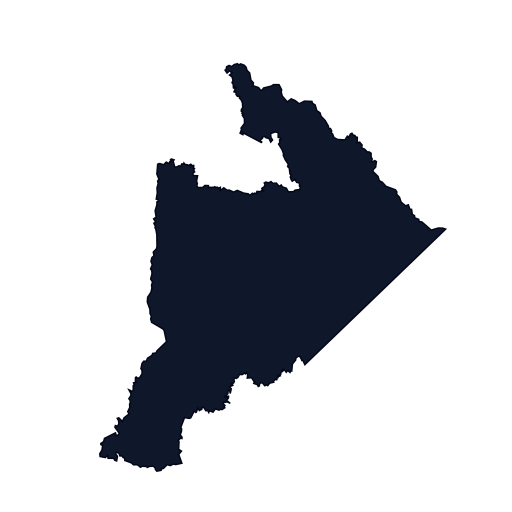 outline of Maceo, Antioquia, Colombia, rotated 169°
{"feature_id": "7082276B28427937115124", "entity_name": "Maceo", "entity_type": "district", "adm_level": 2, "iso_a3": "COL", "parent_name": "Colombia", "parent_adm1": "Antioquia", "projection": "natural_earth1", "projection_center": [-74.692, 6.525], "detail": "fine", "context": "isolated", "style": "filled", "palette": "ink", "viewbox_px": 512, "rotation_deg": 169, "n_neighbors": 0, "source": "geoboundaries", "source_scale": "gbopen_adm2", "svg_char_len": 6096}
<svg xmlns="http://www.w3.org/2000/svg" viewBox="0 0 512 512"><g transform="rotate(169 256 256)"><path d="M130.7,344.8L132.5,348.0L135.0,347.7L133.9,353.2L135.6,354.0L135.9,355.5L137.3,355.8L138.4,358.2L139.9,357.8L142.5,354.8L143.5,356.2L146.5,353.0L153.6,354.8L156.9,357.4L157.5,361.0L158.8,363.1L157.8,364.2L158.6,366.9L160.2,367.2L160.2,369.8L162.2,375.7L165.4,380.7L165.9,384.5L168.6,387.1L169.1,393.0L171.4,395.1L171.6,397.1L178.9,398.8L184.5,397.2L188.0,401.2L191.5,403.6L195.8,401.3L199.7,408.0L200.0,412.1L199.1,414.3L200.7,419.8L206.1,420.9L208.5,419.9L216.4,419.5L218.6,417.6L219.8,417.7L221.3,420.8L226.5,423.8L225.5,426.5L227.4,429.7L227.3,436.8L229.4,440.0L229.7,443.1L231.0,445.4L234.3,447.5L236.6,446.9L237.5,448.3L240.8,448.1L243.7,446.6L246.1,448.2L248.7,447.4L250.0,444.4L250.9,444.3L249.5,441.1L246.6,442.9L244.7,440.1L247.5,438.7L245.4,436.5L245.0,433.0L246.5,430.6L245.6,429.2L246.1,425.3L245.1,424.7L244.4,426.1L243.4,425.3L246.3,421.4L244.3,420.3L244.8,418.4L243.8,416.3L241.3,415.9L242.2,414.3L240.9,412.4L240.1,409.0L240.7,404.3L242.5,402.4L242.8,400.7L241.6,399.7L242.5,398.7L241.1,397.9L242.6,396.8L241.2,393.3L242.0,388.4L246.3,384.4L246.1,382.9L248.2,379.6L245.7,377.6L245.0,379.2L229.1,366.4L228.6,366.8L229.7,368.1L229.4,369.2L227.2,370.3L226.8,371.6L225.0,371.8L223.4,370.0L220.9,369.0L219.8,365.0L217.6,366.8L218.7,369.4L218.3,373.4L213.4,374.1L210.7,372.9L211.6,368.2L209.8,367.4L209.1,366.0L210.7,365.6L211.0,362.7L212.5,361.6L210.1,355.3L209.5,351.4L210.0,349.6L208.9,344.8L206.8,339.9L207.9,337.7L206.6,336.1L207.0,330.0L206.1,328.3L207.3,327.0L206.9,324.4L206.2,322.5L203.4,323.6L201.9,320.4L199.9,319.8L199.5,317.2L200.1,316.6L199.4,315.0L200.4,312.9L205.1,313.2L206.9,312.0L212.0,312.8L213.3,316.8L216.9,318.8L217.7,320.9L220.0,319.9L222.1,323.7L225.6,324.1L227.1,326.2L229.5,325.4L232.2,326.7L234.0,326.1L233.4,324.6L234.8,322.4L237.4,321.3L236.6,318.7L237.6,319.5L239.3,318.4L242.8,319.2L243.5,317.2L245.4,318.0L246.6,317.4L247.6,318.3L250.4,316.7L251.7,318.5L256.1,320.1L261.9,324.0L265.7,323.0L269.8,325.9L271.7,326.0L274.6,329.1L278.6,327.1L277.9,330.2L279.6,329.8L281.1,331.1L282.2,330.4L283.2,331.9L284.6,331.5L289.5,332.5L289.3,334.2L292.7,335.0L295.4,333.4L300.1,334.4L300.7,336.9L299.8,337.9L300.0,341.0L298.0,345.9L302.0,346.9L302.5,349.0L300.2,350.3L300.8,352.6L299.8,353.4L301.2,354.3L300.1,355.1L299.9,356.8L301.2,356.8L302.0,357.9L303.1,356.8L302.9,358.4L305.4,357.7L305.8,358.6L308.0,359.3L309.0,361.0L309.4,360.1L311.3,360.6L313.2,358.0L314.2,359.3L317.3,358.5L318.8,359.0L319.2,365.1L318.1,366.0L320.6,367.4L321.6,366.9L321.7,364.7L322.8,364.9L323.7,363.3L326.2,365.3L329.3,363.2L333.0,365.2L335.0,364.9L337.7,355.4L336.6,349.9L338.3,348.3L338.2,345.7L340.2,341.8L340.9,336.6L343.1,330.9L341.2,329.8L341.3,328.4L342.9,328.1L343.5,325.2L346.4,319.6L346.6,313.2L349.4,312.0L348.0,308.2L350.0,307.7L349.1,304.3L349.8,303.0L349.2,302.1L349.3,295.7L351.3,284.6L352.2,282.2L356.1,279.4L356.1,275.7L358.5,274.3L360.1,270.8L359.5,267.1L362.0,263.4L361.1,261.6L361.5,258.3L363.8,253.5L362.5,250.2L364.1,247.4L364.3,244.4L366.0,240.5L370.2,236.3L371.5,231.6L370.3,223.9L371.0,219.6L370.2,217.0L371.4,214.3L371.1,210.8L361.3,202.2L360.4,200.4L360.2,189.0L371.2,181.9L372.6,179.9L375.9,180.1L377.3,178.2L382.0,176.4L383.8,173.6L386.2,174.2L388.3,172.4L390.5,167.3L389.7,165.9L390.3,162.2L393.6,158.6L395.5,158.7L396.7,160.1L397.5,159.7L398.3,156.1L397.5,154.9L400.4,154.9L400.0,153.0L401.2,152.3L402.3,147.2L403.6,146.9L406.3,148.9L405.0,144.6L405.5,142.9L408.1,140.1L407.2,139.0L407.3,136.3L408.4,134.6L408.8,131.5L411.6,127.7L410.8,125.2L416.4,122.3L418.7,119.0L421.5,123.3L423.2,123.1L422.4,120.8L422.5,117.9L424.3,115.3L426.4,116.4L427.2,114.9L424.0,108.0L425.9,106.4L427.4,106.3L427.7,109.2L439.5,105.9L441.0,102.9L444.2,101.5L444.2,100.4L442.7,99.3L444.2,95.0L447.1,91.7L447.3,88.9L442.3,86.9L439.7,88.7L439.8,85.6L434.4,84.6L433.6,82.4L431.9,81.4L430.2,85.8L431.4,88.5L430.7,90.2L428.1,88.4L427.8,85.8L425.3,85.1L425.0,83.5L423.5,82.8L423.8,80.3L417.8,76.7L416.1,74.4L412.2,73.7L409.8,70.7L407.6,71.3L404.2,70.4L402.7,69.1L401.5,69.8L397.3,69.4L395.4,67.5L395.5,65.7L394.4,63.7L390.1,63.7L388.8,65.4L387.4,65.1L383.1,68.1L380.0,66.6L377.2,67.5L374.5,66.6L368.3,66.7L369.7,75.9L366.4,78.7L368.8,81.0L367.0,88.5L367.6,89.8L364.7,91.6L363.5,91.0L363.2,92.4L364.5,94.9L362.6,98.1L362.0,100.6L362.6,101.9L357.0,111.0L352.4,109.3L350.9,109.6L346.3,115.5L344.9,113.9L344.3,114.2L342.1,117.9L341.1,115.1L338.5,115.9L337.5,117.9L336.3,117.5L334.7,113.6L332.9,113.6L332.2,111.4L331.3,113.0L328.0,110.9L325.0,113.7L321.7,111.7L320.7,112.4L318.7,111.7L315.6,113.0L315.9,114.6L315.0,115.2L316.5,117.4L316.3,118.4L312.1,118.3L309.4,116.3L312.5,120.0L310.5,121.5L311.2,122.8L309.9,122.7L309.7,123.6L312.8,124.1L313.4,123.3L313.6,124.0L309.8,126.3L309.1,129.5L307.6,128.6L307.5,126.0L305.6,130.4L307.2,132.6L303.4,133.4L303.6,134.2L305.3,134.2L304.3,135.8L303.7,135.0L302.0,135.8L301.1,137.3L301.5,138.9L299.8,140.3L298.7,139.6L296.9,140.3L294.8,142.8L292.0,142.2L289.6,143.3L288.9,142.3L287.6,143.3L286.8,141.0L287.9,137.8L283.6,137.4L282.0,133.4L281.1,133.1L281.8,131.6L283.1,131.7L279.3,129.5L278.7,127.5L277.4,127.9L277.1,129.4L275.7,130.7L273.8,130.0L272.2,127.0L270.1,127.4L269.2,126.5L266.8,128.6L262.7,128.7L262.8,129.6L260.9,131.1L259.2,130.6L258.5,132.4L257.7,132.4L257.4,134.5L256.7,133.4L255.0,133.8L255.3,134.8L254.3,135.2L253.0,138.4L252.3,137.8L251.9,138.6L251.8,137.8L250.0,139.2L248.5,136.1L246.7,137.5L244.8,135.2L243.9,136.5L242.9,136.2L240.8,143.1L237.0,146.2L236.2,148.4L233.4,149.6L231.7,148.3L230.9,144.6L229.8,144.4L228.8,140.0L64.7,246.2L67.5,247.8L71.8,248.7L79.0,248.0L86.6,257.7L89.6,259.0L89.2,260.9L92.8,263.1L92.7,265.4L94.6,267.0L94.4,272.1L96.0,272.5L96.7,277.2L99.6,276.7L103.3,281.3L103.9,286.2L106.2,289.9L105.5,292.0L106.5,294.4L115.1,299.6L117.9,304.3L120.6,306.4L121.0,310.8L125.0,316.6L124.6,318.3L121.6,320.4L119.8,325.7L121.2,327.0L123.7,326.3L124.6,326.9L123.4,329.1L124.1,331.2L123.4,334.9L124.9,336.5L126.9,336.9L129.0,340.2L131.6,341.8L130.7,344.8Z" fill="#0f172a" stroke="#020617" stroke-width="1.5"/></g></svg>